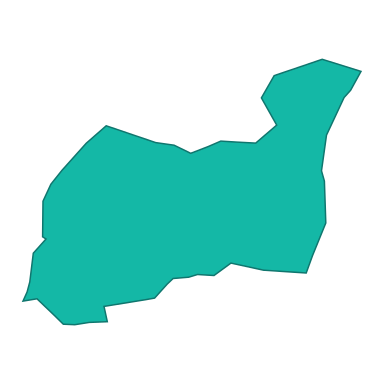 Mo'nxxaan, Sühbaatar, Mongolia
{"feature_id": "93677404B72955600082369", "entity_name": "Mo'nxxaan", "entity_type": "district", "adm_level": 2, "iso_a3": "MNG", "parent_name": "Mongolia", "parent_adm1": "Sühbaatar", "projection": "albers", "projection_center": [112.193, 47.167], "detail": "fine", "context": "isolated", "style": "filled", "palette": "teal", "viewbox_px": 384, "rotation_deg": 0, "n_neighbors": 0, "source": "geoboundaries", "source_scale": "gbopen_adm2", "svg_char_len": 687}
<svg xmlns="http://www.w3.org/2000/svg" viewBox="0 0 384 384"><path d="M106.2,125.8L86.3,143.2L62.0,170.3L50.9,184.2L43.0,201.2L42.6,236.8L46.0,239.0L33.3,253.2L29.8,281.9L27.1,292.0L23.0,301.1L37.0,298.8L53.2,314.3L63.3,324.2L74.8,324.7L89.3,322.4L107.3,321.7L104.0,306.4L146.1,299.6L154.6,298.1L167.2,284.1L173.1,278.5L188.7,277.2L197.5,274.5L214.0,275.5L230.9,263.1L263.6,270.2L306.2,273.0L312.6,255.4L325.8,223.0L324.4,181.1L321.5,170.8L326.5,135.1L344.1,97.5L350.6,90.3L361.0,71.4L322.2,59.3L274.2,75.6L261.4,97.9L276.7,125.1L255.7,143.1L236.8,142.1L220.8,141.1L208.1,146.6L190.7,153.3L174.1,145.2L155.7,142.6L106.2,125.8Z" fill="#14b8a6" stroke="#0f766e" stroke-width="1.5"/></svg>